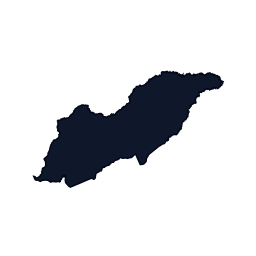 Itiquira, Mato Grosso, Brazil, rotated 157°
{"feature_id": "56859067B35371788967725", "entity_name": "Itiquira", "entity_type": "district", "adm_level": 2, "iso_a3": "BRA", "parent_name": "Brazil", "parent_adm1": "Mato Grosso", "projection": "orthographic", "projection_center": [-54.701, -17.321], "detail": "fine", "context": "isolated", "style": "filled", "palette": "ink", "viewbox_px": 256, "rotation_deg": 157, "n_neighbors": 0, "source": "geoboundaries", "source_scale": "gbopen_adm2", "svg_char_len": 5878}
<svg xmlns="http://www.w3.org/2000/svg" viewBox="0 0 256 256"><g transform="rotate(157 128 128)"><path d="M73.0,165.5L73.6,166.0L74.7,166.3L75.6,165.8L76.4,163.8L76.7,163.5L77.5,163.7L77.9,163.4L78.5,164.3L79.2,163.8L79.8,164.0L80.7,163.9L81.7,165.1L81.8,164.8L82.5,165.1L82.6,164.7L83.5,164.9L83.8,164.5L84.0,164.7L85.1,164.7L86.7,164.3L86.8,163.9L87.3,164.1L87.5,163.7L88.5,164.3L88.9,164.2L89.2,164.6L89.5,164.5L90.3,163.0L90.6,163.4L91.6,162.4L92.3,162.6L92.3,162.1L92.6,161.9L93.0,162.1L94.5,161.8L94.9,161.3L98.1,161.2L99.4,161.5L100.1,162.6L100.6,162.7L101.2,162.2L101.8,162.1L104.1,162.9L104.9,161.8L106.2,161.8L107.4,161.3L107.8,161.3L108.5,160.5L108.3,159.9L109.1,159.6L110.6,158.2L111.7,158.0L113.1,156.8L114.8,156.5L115.2,156.1L114.9,154.8L115.5,153.9L115.5,152.5L116.5,150.9L118.4,150.4L119.6,150.7L119.9,150.2L121.6,149.4L121.7,148.4L122.1,148.8L123.7,149.4L124.2,148.8L125.1,149.1L126.3,148.2L126.6,147.6L129.0,148.0L129.9,147.5L131.8,147.1L133.9,146.0L134.7,145.0L135.1,145.5L136.3,145.7L136.0,146.4L136.2,146.6L136.6,146.3L137.5,146.9L137.7,147.3L138.6,146.9L139.7,146.1L140.7,146.1L140.9,146.5L141.4,146.3L142.4,146.6L142.7,146.3L143.4,146.4L144.8,147.3L145.8,147.3L145.6,147.8L146.5,148.5L146.2,149.5L146.5,149.9L146.2,150.1L147.1,151.8L148.8,152.5L151.0,152.7L151.3,153.1L152.2,152.9L153.2,153.8L153.1,154.4L154.0,154.9L154.0,155.7L154.3,156.1L155.1,156.2L155.6,156.8L156.5,157.0L156.7,157.4L156.2,158.6L156.9,159.5L156.4,160.4L156.8,160.4L156.7,160.9L157.4,161.0L156.5,163.4L156.1,163.8L156.1,164.3L158.2,165.6L159.5,166.0L160.2,166.7L161.2,166.7L161.4,167.2L162.5,167.0L165.4,167.2L166.7,166.4L167.1,166.6L169.1,166.2L169.2,165.8L171.2,164.8L171.9,163.6L174.2,162.6L175.1,162.6L176.2,161.7L176.8,161.8L177.5,160.9L179.3,160.6L180.2,161.1L181.6,160.9L182.5,162.0L183.0,161.6L184.0,162.3L185.2,161.8L185.6,162.3L186.1,162.3L186.3,161.9L187.9,161.8L189.4,162.4L190.2,162.0L190.0,161.6L190.1,160.7L190.7,159.9L190.7,158.8L192.3,157.3L193.0,156.0L193.0,154.2L193.7,153.0L193.3,152.3L192.7,152.0L192.9,151.5L192.5,151.2L192.4,150.3L193.9,148.8L194.2,148.8L194.6,147.2L196.2,146.1L198.7,145.5L199.3,145.1L200.5,145.8L201.6,145.5L202.6,144.4L203.9,144.0L204.5,143.3L206.0,142.2L206.8,140.8L207.6,140.2L208.2,138.9L210.5,136.7L211.1,136.4L212.2,134.4L213.2,133.7L217.2,132.4L217.4,131.6L217.0,129.9L217.5,127.7L218.7,125.1L220.1,124.4L222.4,124.3L224.1,121.5L224.7,121.2L225.0,119.6L225.4,119.2L226.8,119.1L228.1,117.9L231.4,117.5L232.5,118.3L232.4,119.0L232.7,119.6L233.7,120.3L233.7,117.2L233.4,116.3L232.6,115.7L231.7,115.5L229.6,113.2L229.0,113.0L228.0,113.5L224.1,112.3L221.6,110.7L221.2,109.5L220.5,109.0L220.3,108.4L217.6,108.2L217.2,107.5L216.5,107.4L215.5,106.6L212.9,106.1L212.1,105.1L211.2,105.3L210.9,106.2L209.6,106.8L209.6,107.1L209.0,107.2L208.0,108.5L207.1,108.6L206.7,108.3L206.3,108.6L206.3,109.4L206.0,109.3L205.6,108.4L205.3,109.2L204.2,108.7L204.9,106.5L206.2,104.4L206.7,102.0L205.2,97.5L204.1,96.1L181.5,96.1L180.6,95.6L179.7,94.3L178.8,94.2L177.8,94.8L175.6,98.3L174.7,98.9L172.3,99.0L170.7,99.5L169.3,99.0L167.1,101.6L165.0,101.1L163.7,101.6L160.9,101.5L160.1,101.2L157.5,102.4L156.2,102.7L154.7,102.2L153.8,102.9L152.7,103.2L149.6,102.9L149.0,103.4L148.3,103.1L147.4,103.8L146.5,103.8L144.7,102.2L142.3,101.6L140.0,100.1L139.0,100.2L136.2,99.5L131.2,101.4L131.0,89.6L128.5,88.8L126.8,89.0L124.5,90.1L122.9,92.8L119.1,95.6L106.5,99.2L104.8,99.3L102.7,99.9L101.8,99.6L100.4,99.6L97.5,101.7L97.1,100.9L96.2,101.2L95.7,101.1L95.0,102.1L95.3,102.6L93.9,103.6L92.5,103.3L92.2,103.4L92.2,103.9L90.7,103.8L89.5,104.4L88.5,103.9L87.4,104.2L87.1,103.5L85.9,103.0L85.1,103.5L84.7,103.5L83.5,104.5L82.4,105.0L82.3,105.8L80.0,106.2L79.3,106.6L79.6,107.1L79.5,107.6L78.8,107.7L78.1,108.3L77.8,109.1L75.7,112.3L74.2,112.3L74.3,112.7L73.5,113.5L72.6,113.1L71.5,113.2L70.7,114.0L70.3,114.1L69.8,114.8L68.5,115.1L68.1,115.7L68.4,116.5L68.2,116.9L67.4,117.1L66.8,118.3L65.6,118.9L65.5,119.8L66.1,120.7L65.4,122.1L64.0,122.0L62.1,123.3L61.2,123.6L61.0,124.6L59.9,125.1L59.3,124.6L57.9,125.2L56.0,124.5L55.6,124.7L55.3,125.7L55.4,126.9L54.6,127.9L54.8,128.1L54.2,128.8L52.7,129.8L51.6,129.6L51.2,130.0L50.0,130.0L50.0,129.7L49.7,129.9L49.8,131.0L49.5,131.1L48.8,132.6L48.2,133.0L46.5,132.1L45.0,132.9L44.2,132.3L43.7,132.7L43.2,132.4L40.8,133.9L40.7,133.5L40.3,133.6L40.0,133.3L40.0,132.8L39.2,133.0L39.1,132.5L38.7,132.7L38.4,132.2L37.9,132.1L37.6,131.8L37.8,131.3L35.3,131.2L34.9,131.6L34.5,130.9L34.1,130.9L33.4,131.8L32.4,130.7L32.4,131.1L30.7,130.2L30.0,129.3L28.9,129.5L28.3,130.1L26.9,130.1L26.5,130.9L25.6,130.8L25.8,131.1L25.0,131.9L23.8,131.7L23.4,132.2L23.4,133.8L22.8,132.7L22.8,133.1L22.3,133.5L23.4,134.3L23.8,134.1L24.1,134.4L23.8,134.8L24.4,134.9L24.1,136.1L24.4,136.7L24.1,137.2L24.7,137.4L24.1,137.7L24.2,138.2L23.8,138.8L24.2,139.8L24.5,139.5L25.2,139.5L25.1,140.0L25.4,141.3L26.0,141.3L26.5,142.0L27.0,141.9L28.1,142.8L27.4,142.8L27.3,143.2L27.6,143.5L28.9,143.8L28.8,144.2L29.3,144.3L29.5,145.1L29.8,145.0L31.2,145.7L31.0,146.7L31.9,146.9L33.0,146.7L33.1,147.2L34.7,147.0L34.9,146.6L35.6,146.4L36.0,146.8L36.6,146.6L38.1,148.1L38.1,148.6L38.7,148.8L38.7,149.6L39.3,149.9L39.9,150.0L39.7,149.5L40.9,150.1L41.5,149.8L42.9,150.4L44.0,150.2L45.4,150.7L45.6,151.2L46.1,151.0L46.6,151.6L47.2,150.5L47.6,151.3L49.1,151.8L49.7,152.4L49.7,153.4L50.1,154.3L51.2,154.3L51.6,154.1L52.7,154.8L53.0,154.7L52.5,154.3L53.2,153.6L54.0,154.0L55.7,153.5L56.3,153.6L56.5,153.9L56.1,154.5L57.4,154.8L56.9,155.6L57.3,155.4L58.4,156.1L58.4,155.6L59.1,155.3L59.7,156.3L59.3,156.5L59.7,157.6L60.2,157.3L60.6,157.6L61.1,158.6L60.9,159.4L61.9,160.3L62.0,159.7L62.4,160.2L63.1,159.7L64.7,161.1L64.7,161.6L63.9,161.4L64.3,162.1L66.1,161.8L66.3,162.2L67.2,162.5L67.4,163.3L68.3,162.6L68.3,163.0L69.5,163.8L69.5,164.3L70.2,164.1L69.9,164.5L70.1,164.8L70.6,164.6L70.9,165.0L71.7,165.2L73.1,164.8L73.0,165.5Z" fill="#0f172a" stroke="#020617" stroke-width="1.5"/></g></svg>